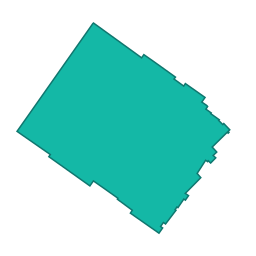 outline of Moreno, Santiago del Estero, Argentina, rotated 215°
{"feature_id": "61730980B85651312060638", "entity_name": "Moreno", "entity_type": "district", "adm_level": 2, "iso_a3": "ARG", "parent_name": "Argentina", "parent_adm1": "Santiago del Estero", "projection": "robinson", "projection_center": [-62.704, -27.304], "detail": "fine", "context": "isolated", "style": "filled", "palette": "teal", "viewbox_px": 256, "rotation_deg": 215, "n_neighbors": 0, "source": "geoboundaries", "source_scale": "gbopen_adm2", "svg_char_len": 1013}
<svg xmlns="http://www.w3.org/2000/svg" viewBox="0 0 256 256"><g transform="rotate(215 128 128)"><path d="M42.3,59.6L42.3,66.0L44.8,66.0L44.8,70.9L42.2,70.9L41.5,88.1L42.6,88.1L42.6,91.4L41.4,91.4L41.5,101.8L39.6,101.8L39.6,107.3L43.6,107.3L41.1,121.7L39.9,129.1L45.3,130.4L45.9,146.1L43.5,146.1L43.5,147.2L40.2,146.7L39.0,153.9L42.5,154.3L41.5,159.2L48.1,160.7L44.3,181.3L44.2,181.4L43.0,181.2L42.8,182.3L44.0,182.6L43.6,184.9L52.1,186.6L52.3,185.2L58.1,186.2L58.0,187.1L68.5,187.2L68.5,188.1L75.0,188.1L75.1,191.3L76.3,191.6L82.4,191.6L82.4,197.2L106.5,197.3L106.4,194.3L118.4,194.5L118.3,196.9L145.2,197.2L153.3,197.2L157.1,197.2L157.1,193.3L216.2,194.2L216.5,194.2L216.7,193.2L216.7,190.6L216.7,183.3L216.9,85.7L216.9,81.7L216.9,78.1L217.0,61.6L216.7,61.6L211.9,61.6L208.8,61.6L176.4,61.7L176.4,59.1L126.0,58.7L126.0,64.7L126.0,64.8L125.9,64.8L118.2,64.8L96.0,64.7L95.9,63.6L94.1,63.5L77.3,63.1L77.2,59.6L69.6,59.6L61.9,59.6L42.3,59.6L42.3,59.6Z" fill="#14b8a6" stroke="#0f766e" stroke-width="1.5"/></g></svg>